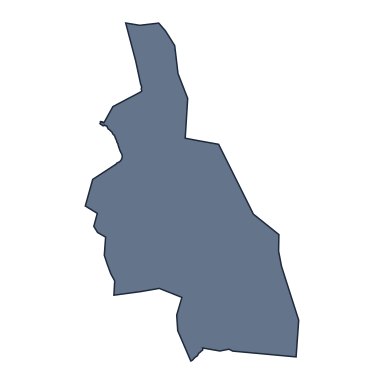 O'lgii, Uvs, Mongolia (Mercator projection)
{"feature_id": "93677404B88101121559012", "entity_name": "O'lgii", "entity_type": "district", "adm_level": 2, "iso_a3": "MNG", "parent_name": "Mongolia", "parent_adm1": "Uvs", "projection": "mercator", "projection_center": [92.028, 48.988], "detail": "fine", "context": "isolated", "style": "filled", "palette": "slate", "viewbox_px": 384, "rotation_deg": 0, "n_neighbors": 0, "source": "geoboundaries", "source_scale": "gbopen_adm2", "svg_char_len": 2472}
<svg xmlns="http://www.w3.org/2000/svg" viewBox="0 0 384 384"><path d="M296.1,356.9L298.7,320.2L290.9,295.8L281.5,266.3L278.6,251.2L278.9,234.6L253.4,214.2L218.6,144.3L196.8,140.4L185.2,138.2L187.7,98.5L178.0,73.6L174.7,45.6L165.4,30.8L158.7,23.1L139.8,25.3L125.7,23.0L135.7,61.0L140.7,84.4L140.8,84.8L141.0,84.9L141.2,85.2L141.3,85.3L141.4,85.6L141.4,85.9L141.4,86.4L141.6,87.0L141.7,87.3L141.7,87.5L141.6,87.8L141.4,88.0L141.3,88.4L141.3,88.8L141.3,89.3L141.5,89.7L141.6,90.0L141.7,90.3L141.8,90.6L141.7,91.0L141.6,91.3L140.2,92.2L112.9,106.6L104.1,122.5L103.7,122.8L103.4,122.7L103.2,122.6L103.0,122.3L102.9,122.1L102.8,121.9L102.6,121.9L102.5,122.1L102.3,122.2L102.1,122.2L101.9,122.1L101.7,122.0L101.5,121.8L101.3,121.6L101.1,121.6L100.9,121.6L100.7,121.5L100.4,121.7L100.5,121.9L100.6,122.2L100.6,122.5L100.4,122.7L100.3,122.9L100.2,123.1L100.0,123.3L100.0,123.5L100.1,123.8L100.4,124.0L100.7,124.3L101.8,124.9L102.6,125.5L102.9,125.8L103.2,125.8L103.5,125.8L103.8,125.6L104.0,125.5L104.1,125.3L104.2,125.1L104.3,125.1L104.5,125.1L105.1,125.6L105.3,125.8L105.5,125.8L105.8,125.8L106.1,125.8L106.3,125.8L106.6,125.9L106.8,126.0L107.0,126.5L107.3,126.8L107.3,127.3L107.5,127.8L107.8,128.1L108.0,128.4L108.2,128.8L108.3,129.1L108.7,129.3L109.0,129.4L109.4,129.6L109.7,129.8L109.9,129.9L110.0,130.1L110.0,130.4L110.2,130.6L110.4,130.8L111.2,131.4L111.6,131.7L111.9,132.1L112.0,132.4L112.3,132.9L112.4,133.1L112.5,133.3L112.7,133.7L113.0,134.2L113.3,134.5L113.8,134.9L114.1,135.2L114.4,135.7L114.7,136.1L114.9,136.4L115.0,136.8L115.1,137.3L115.2,137.7L115.4,138.2L115.8,138.7L116.1,139.7L116.6,140.8L116.8,141.2L116.8,141.6L116.9,141.9L117.0,142.4L117.5,143.1L117.7,143.5L117.9,143.9L118.2,145.4L118.4,146.0L118.6,146.5L118.8,147.2L119.1,148.0L119.2,148.4L119.4,148.9L119.5,149.3L120.4,151.5L121.6,153.8L122.1,155.3L122.2,155.8L122.3,156.4L122.2,156.9L122.1,157.3L122.0,157.8L121.9,158.1L121.9,158.5L121.7,158.9L121.4,159.5L120.8,160.5L120.1,161.3L119.5,161.8L118.5,162.3L117.5,162.8L116.8,163.1L116.0,164.2L92.7,179.4L85.3,206.0L97.3,213.4L93.8,226.4L97.6,232.5L105.6,237.1L104.3,255.3L107.2,264.0L110.8,273.8L114.7,280.9L113.9,295.2L140.7,291.6L159.3,288.4L181.9,297.4L176.7,315.1L177.7,330.6L190.8,361.0L191.7,360.6L192.6,360.0L193.3,359.2L195.0,357.4L197.5,355.7L197.9,354.7L199.0,353.0L200.4,352.0L201.1,351.1L202.2,350.5L202.7,349.9L202.8,348.9L202.6,348.0L219.9,351.0L229.0,349.2L232.7,351.1L296.1,356.9Z" fill="#64748b" stroke="#1e293b" stroke-width="1.5"/></svg>